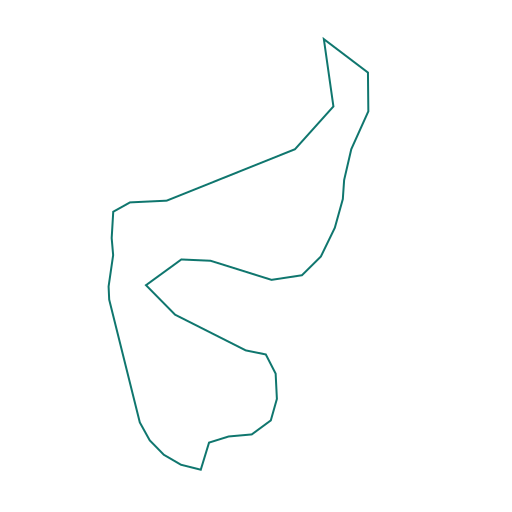 an SVG outline of North Caicos, rotated 256°
{"feature_id": "TCA-5004", "entity_name": "North Caicos", "entity_type": "state/province", "adm_level": 1, "iso_a3": "TCA", "parent_name": "Turks and Caicos Islands", "parent_adm1": "", "projection": "albers", "projection_center": [-71.96, 21.894], "detail": "fine", "context": "isolated", "style": "outline", "palette": "teal", "viewbox_px": 512, "rotation_deg": 256, "n_neighbors": 0, "source": "natural_earth", "source_scale": "10m", "svg_char_len": 602}
<svg xmlns="http://www.w3.org/2000/svg" viewBox="0 0 512 512"><g transform="rotate(256 256 256)"><path d="M92.9,230.6L83.9,208.7L87.5,185.8L86.3,165.3L62.0,150.7L71.6,132.7L85.4,118.5L102.8,108.3L122.6,103.0L249.2,103.0L262.1,105.6L291.4,117.6L308.3,120.3L333.5,128.2L338.5,146.7L331.3,182.7L350.2,319.7L382.4,367.3L450.0,374.3L406.9,409.0L369.2,400.0L336.6,374.3L308.4,359.9L290.2,354.0L264.3,339.3L239.8,318.8L226.2,295.9L229.1,265.3L262.4,210.7L270.7,182.7L254.3,142.2L218.6,163.3L166.9,223.2L158.1,241.7L137.1,246.6L112.3,241.7L92.9,230.6Z" fill="none" stroke="#0f766e" stroke-width="2"/></g></svg>